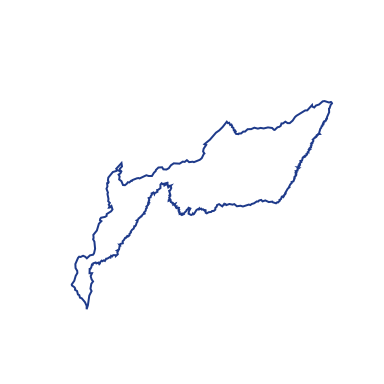 the district of Muak Lek, Lop Buri, Thailand, rotated 39°
{"feature_id": "78962969B19510908422026", "entity_name": "Muak Lek", "entity_type": "district", "adm_level": 2, "iso_a3": "THA", "parent_name": "Thailand", "parent_adm1": "Lop Buri", "projection": "equal_earth", "projection_center": [101.32, 14.773], "detail": "fine", "context": "isolated", "style": "outline", "palette": "blue", "viewbox_px": 384, "rotation_deg": 39, "n_neighbors": 0, "source": "geoboundaries", "source_scale": "gbopen_adm2", "svg_char_len": 6076}
<svg xmlns="http://www.w3.org/2000/svg" viewBox="0 0 384 384"><g transform="rotate(39 192 192)"><path d="M183.9,349.4L182.3,345.4L177.4,337.2L176.3,332.2L174.0,331.1L171.5,326.7L171.4,323.8L169.0,323.1L166.2,321.2L165.4,318.0L163.5,319.6L160.9,316.2L161.4,315.7L161.1,313.9L159.9,311.4L160.6,311.1L160.1,309.6L161.5,307.4L162.6,307.7L163.7,305.8L165.3,306.4L165.4,305.6L164.8,304.2L165.0,302.2L166.0,302.1L166.5,300.6L167.7,300.4L167.3,297.8L168.1,297.1L169.1,294.3L169.9,294.2L169.3,292.5L170.5,292.2L170.3,291.3L170.8,290.4L172.7,289.0L173.1,289.5L173.5,287.1L172.0,285.9L171.7,284.4L170.6,284.7L171.4,282.5L169.8,279.7L170.1,279.0L169.0,278.7L169.4,278.5L169.0,277.8L169.3,277.0L170.5,275.4L169.1,273.9L169.3,272.0L168.9,269.8L169.5,269.3L169.3,267.7L169.9,267.4L169.6,266.7L170.5,266.3L170.6,264.8L169.8,264.1L170.0,261.9L169.4,261.5L169.2,259.1L169.7,257.1L168.7,254.9L169.4,254.4L169.2,252.8L168.3,250.7L168.3,249.5L167.8,248.7L167.0,248.8L167.5,247.7L167.1,246.0L167.5,245.4L167.6,243.2L168.1,242.9L167.8,240.4L168.8,238.6L167.6,238.1L167.8,235.7L166.8,234.1L166.9,232.7L165.7,232.0L166.1,230.1L165.4,229.2L165.8,228.5L164.9,228.0L165.4,227.1L164.1,226.5L163.9,225.1L162.1,224.0L163.2,222.2L162.5,221.0L162.5,219.3L161.5,218.5L162.4,216.6L164.0,217.3L163.7,216.5L165.0,213.6L163.7,212.4L164.4,211.5L165.0,208.8L162.8,206.1L162.9,204.3L164.2,204.4L165.0,203.2L166.4,204.3L166.7,203.4L166.1,201.7L166.8,200.7L167.2,201.5L167.6,200.9L168.2,202.0L169.2,201.8L169.1,202.3L170.6,203.3L170.8,201.5L171.6,200.2L171.6,201.7L172.5,201.3L173.4,202.0L174.0,204.5L173.5,205.5L176.7,207.7L176.6,208.3L177.2,208.5L176.8,209.0L177.6,209.3L177.9,210.9L179.0,211.2L179.0,212.3L179.3,212.1L179.6,213.2L180.5,211.8L181.9,213.1L183.8,212.5L184.1,213.2L184.9,213.0L185.4,213.6L186.4,211.6L186.8,213.2L188.2,213.5L188.8,212.9L189.4,214.2L190.2,214.2L190.8,213.0L191.8,212.5L192.5,214.0L193.2,213.9L193.4,215.1L194.6,215.1L195.0,216.2L196.1,216.0L196.4,216.7L197.4,215.5L197.7,216.4L198.6,216.3L199.5,214.4L199.1,214.3L199.5,210.0L199.1,209.1L199.6,208.2L199.3,206.4L201.1,205.9L201.8,209.1L203.0,211.0L205.8,210.4L206.5,209.0L206.3,208.3L207.1,208.5L207.4,207.9L206.8,203.1L207.6,201.1L208.1,201.2L208.1,200.3L208.7,200.7L209.5,199.2L210.7,199.5L211.4,198.5L213.5,198.6L213.4,197.9L214.0,197.6L215.7,199.5L216.9,199.3L217.7,197.2L219.4,195.5L219.6,194.1L220.8,193.0L221.2,191.1L220.1,189.6L220.4,187.8L219.7,186.4L220.7,184.4L224.6,184.1L224.5,181.1L225.2,181.3L225.7,180.3L226.9,180.6L228.6,177.8L231.5,176.3L232.5,174.8L235.9,174.8L238.3,172.2L240.7,171.2L244.1,166.0L245.6,165.4L245.9,163.8L247.3,161.8L248.3,158.5L249.4,157.8L249.5,156.3L250.8,154.6L252.7,154.9L254.3,152.4L258.0,151.5L260.5,148.9L261.1,149.2L264.4,147.9L264.7,146.3L265.4,146.0L265.7,143.5L265.0,143.1L265.6,141.5L264.7,139.1L265.1,138.4L266.1,138.5L266.1,137.6L265.5,136.4L265.9,135.2L265.6,134.1L265.1,134.2L264.3,129.1L264.7,127.0L264.2,126.9L263.6,124.3L263.8,122.2L263.1,121.6L264.1,119.9L263.2,116.9L262.9,117.1L262.1,115.7L262.5,114.1L262.3,113.2L261.8,113.3L261.3,111.9L261.0,112.4L260.1,111.3L260.5,110.5L260.2,110.8L260.1,110.1L259.7,110.1L260.5,108.9L259.7,107.9L260.0,106.5L259.3,107.1L259.1,106.4L258.6,106.4L258.9,106.2L258.6,105.3L259.1,105.5L259.0,103.9L258.3,103.8L258.7,102.9L257.9,102.5L258.2,102.0L257.5,100.8L258.0,100.1L256.8,99.5L257.3,98.9L256.7,98.5L257.6,98.6L257.6,98.0L256.4,95.6L256.8,93.6L257.3,94.1L257.7,93.3L257.4,92.8L257.8,91.2L257.1,90.5L257.6,90.0L256.9,88.4L257.5,88.0L256.9,87.6L256.9,85.8L256.3,85.5L256.5,85.1L256.0,85.3L255.8,83.9L256.5,82.5L255.4,81.6L255.7,80.7L254.8,80.0L254.8,78.7L254.1,78.9L254.4,76.5L253.7,75.4L252.9,75.3L253.3,71.3L253.7,71.6L253.9,70.9L253.7,69.0L253.4,68.9L253.9,68.1L253.6,67.6L254.8,66.5L253.7,66.3L251.9,62.0L252.0,60.8L251.3,59.3L251.7,58.7L251.1,57.6L251.6,56.9L251.3,56.1L250.6,56.1L250.2,54.3L250.8,54.0L250.6,53.2L251.1,52.5L250.6,51.5L250.9,51.5L250.7,49.9L249.9,49.2L248.4,43.7L246.0,41.0L246.2,40.3L245.0,37.2L245.0,35.0L244.1,34.6L243.3,34.6L242.2,36.2L237.8,37.9L236.5,39.3L235.7,44.0L233.9,46.8L233.8,49.4L231.7,49.9L230.6,48.9L230.2,56.0L228.6,57.4L225.2,67.0L224.9,69.0L225.3,73.2L224.6,77.0L223.0,78.3L220.3,78.6L219.5,81.6L218.4,82.4L219.3,84.8L218.8,86.5L217.7,87.9L217.2,91.7L216.4,92.1L214.0,91.8L210.4,94.0L207.7,97.5L205.0,99.0L203.3,101.3L200.0,102.8L198.4,105.9L195.7,108.2L195.2,111.7L193.8,112.8L193.3,115.6L191.7,117.0L191.7,117.8L189.7,119.1L188.0,118.6L187.9,117.4L187.4,117.3L187.1,118.0L186.3,117.1L185.6,117.7L183.8,116.1L182.2,116.4L181.8,115.5L180.2,114.8L179.6,115.9L177.3,114.8L176.5,115.9L174.8,115.5L174.9,122.2L174.4,127.0L173.3,130.8L173.0,140.1L171.6,147.0L173.4,146.5L173.8,151.0L175.1,153.5L177.4,154.3L177.2,155.0L178.3,159.6L177.8,162.1L174.7,167.6L173.5,168.0L171.0,170.6L168.0,170.5L167.4,173.2L165.7,174.2L164.5,177.8L159.8,181.2L158.8,184.5L159.0,188.1L158.0,190.6L155.5,192.4L153.2,191.6L150.5,194.1L150.1,197.6L150.6,198.6L150.3,201.0L150.8,204.8L148.3,206.8L146.0,207.7L142.7,214.5L141.7,214.8L140.6,216.0L138.1,220.4L138.3,221.3L137.6,221.7L137.3,224.0L136.0,224.8L136.1,226.7L135.6,228.9L134.0,230.0L130.3,228.0L127.5,228.1L126.0,225.5L124.0,224.7L124.6,222.6L124.1,220.4L123.2,220.3L122.4,221.5L121.8,221.4L121.3,219.1L121.5,216.2L119.0,213.9L118.5,221.6L119.9,222.0L120.2,222.9L117.9,226.3L117.9,233.5L119.3,235.8L121.0,236.7L121.2,237.6L120.5,237.9L120.5,238.6L122.8,240.9L123.5,243.3L127.1,245.4L127.5,246.7L131.4,249.9L132.7,251.9L135.0,252.2L135.3,254.3L136.9,254.7L137.3,256.4L137.9,255.8L138.2,253.6L141.2,255.6L141.3,257.9L139.6,262.8L140.7,264.4L140.0,266.2L137.5,269.2L137.6,270.8L138.3,271.9L139.9,271.7L139.6,275.2L142.3,281.8L142.3,287.4L144.5,289.7L144.8,290.9L147.4,292.0L152.4,297.1L154.4,301.2L154.6,303.0L152.6,305.4L152.0,309.7L149.8,309.5L147.5,310.1L146.3,312.6L145.0,313.3L144.9,314.9L146.7,321.4L149.4,324.4L152.4,325.5L153.9,327.1L154.4,330.4L156.4,335.1L156.7,339.5L157.5,340.2L160.4,340.0L161.8,340.4L162.6,341.6L165.0,341.3L167.8,343.4L169.3,343.1L171.4,344.6L173.2,344.0L178.2,345.0L181.8,346.8L183.9,349.4Z" fill="none" stroke="#1e3a8a" stroke-width="2"/></g></svg>